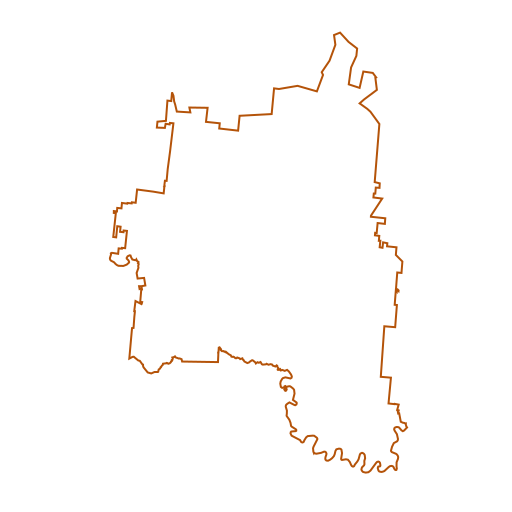 outline of González, Tamaulipas, Mexico, rotated 358°
{"feature_id": "50627088B9709578345149", "entity_name": "González", "entity_type": "district", "adm_level": 2, "iso_a3": "MEX", "parent_name": "Mexico", "parent_adm1": "Tamaulipas", "projection": "robinson", "projection_center": [-98.554, 22.79], "detail": "fine", "context": "isolated", "style": "outline", "palette": "amber", "viewbox_px": 512, "rotation_deg": 358, "n_neighbors": 0, "source": "geoboundaries", "source_scale": "gbopen_adm2", "svg_char_len": 6140}
<svg xmlns="http://www.w3.org/2000/svg" viewBox="0 0 512 512"><g transform="rotate(358 256 256)"><path d="M402.1,266.6L395.8,259.8L396.7,252.2L387.3,250.9L387.7,247.8L383.5,246.8L382.7,252.2L379.9,251.6L380.8,245.1L379.3,245.1L379.9,240.2L375.6,239.5L375.9,237.0L377.4,237.3L378.7,227.3L385.9,228.4L386.5,222.8L372.2,220.8L372.3,219.7L384.1,203.0L375.4,201.6L375.9,197.7L377.4,197.8L378.1,191.8L381.8,192.2L382.2,187.7L377.2,186.3L383.9,128.4L375.4,115.8L372.3,112.8L364.9,107.1L369.5,103.3L382.6,94.2L381.5,82.0L382.3,81.7L379.1,77.1L369.7,75.4L365.4,91.6L354.7,87.7L357.6,70.9L363.3,59.5L364.3,52.2L356.0,45.3L347.8,35.7L341.7,37.9L342.7,47.7L336.3,63.4L328.1,74.6L329.3,77.4L322.6,93.6L303.5,87.4L284.8,89.9L279.9,89.1L276.6,114.7L244.5,115.3L242.5,130.1L223.7,127.3L224.4,122.1L210.7,120.2L212.8,106.2L194.6,105.3L195.4,110.2L181.9,108.9L180.5,101.8L179.6,98.6L179.1,93.0L177.8,89.5L176.7,98.2L172.9,97.6L170.7,117.8L162.2,118.3L161.4,124.2L169.4,124.8L170.3,120.7L174.3,121.5L174.6,120.0L178.1,120.5L173.8,148.3L170.8,166.0L169.3,177.8L167.6,177.6L166.8,182.8L167.1,183.0L166.6,183.6L166.8,183.8L165.9,190.2L155.6,188.1L139.5,185.4L137.6,198.6L133.8,198.0L133.6,199.1L129.4,198.5L129.2,199.2L123.9,198.3L123.2,203.7L119.0,203.1L118.6,206.6L115.5,206.1L115.4,208.0L117.4,208.3L114.0,232.0L116.9,232.5L118.4,221.4L121.7,222.0L121.0,227.1L124.4,227.6L124.6,225.9L127.9,226.4L125.5,243.6L122.3,243.2L122.2,244.0L119.0,243.6L118.3,249.0L112.1,247.8L111.2,248.1L111.0,248.3L111.2,249.4L110.0,252.7L109.9,253.7L110.2,254.7L110.9,255.6L113.9,257.3L115.4,259.1L116.7,260.2L118.2,261.0L123.1,261.3L126.5,260.1L128.8,258.2L129.0,257.7L128.8,256.8L128.2,255.7L126.7,254.1L126.7,253.3L127.7,251.8L129.7,250.9L130.6,251.1L131.1,252.8L132.3,255.2L135.2,256.0L135.9,255.8L136.3,255.2L137.1,257.1L138.3,257.7L138.3,258.5L137.8,259.1L138.5,260.0L137.9,261.8L138.1,263.7L136.1,268.8L136.9,274.4L143.4,274.0L144.4,281.6L140.3,282.2L138.1,282.1L138.5,284.9L140.7,284.0L140.9,285.6L140.1,286.0L138.7,297.8L140.6,298.1L140.1,299.8L139.9,300.1L134.0,296.8L132.4,306.8L133.0,306.8L133.0,307.6L132.3,312.5L131.1,323.6L129.6,323.7L125.8,354.1L129.1,352.5L130.3,352.4L134.7,356.3L136.2,356.7L138.7,360.4L139.3,360.6L139.3,362.0L139.7,363.3L143.7,368.6L147.2,369.7L150.5,368.4L153.9,368.5L154.2,368.3L154.8,366.0L156.1,365.2L156.8,363.8L157.2,363.8L158.0,362.4L159.0,361.6L159.3,360.4L162.5,360.1L162.8,359.8L163.6,360.2L163.9,360.0L164.7,360.6L166.0,360.2L167.2,359.2L167.3,358.6L168.2,358.0L168.1,357.4L168.6,357.2L168.5,356.7L169.1,356.2L169.3,355.2L168.9,354.5L170.6,354.1L171.5,353.5L172.1,354.5L175.3,355.8L176.1,355.7L178.0,356.5L178.5,358.9L214.3,360.7L214.9,353.1L214.8,351.3L215.1,351.3L215.6,346.3L216.4,346.0L217.8,348.0L217.4,348.6L218.6,349.9L220.2,349.9L220.9,350.5L221.1,350.3L221.9,350.5L222.6,351.2L222.8,350.9L225.3,353.2L227.4,354.4L227.9,355.7L228.8,356.0L229.7,355.8L230.7,356.3L231.8,357.4L232.7,357.5L233.4,357.2L233.7,356.8L236.0,357.7L236.6,358.5L238.8,357.8L239.2,359.1L239.8,359.3L240.7,361.0L243.6,362.7L245.4,362.1L246.4,361.2L248.5,360.0L249.3,360.3L251.6,362.3L252.1,363.4L253.8,362.2L255.1,362.8L256.8,362.1L258.1,364.4L259.0,364.8L262.2,364.6L262.8,364.1L264.7,365.1L266.9,364.6L268.4,365.1L268.9,366.1L271.5,367.1L272.8,366.0L273.4,366.5L273.6,367.8L274.4,368.8L274.4,369.3L273.7,370.0L273.8,370.5L274.5,370.6L276.2,369.8L276.4,370.2L275.8,370.6L276.7,371.3L278.4,370.8L280.7,371.8L283.1,370.9L284.8,372.5L286.9,375.7L287.6,377.6L287.3,378.9L286.2,379.6L281.1,378.3L278.6,379.0L277.8,379.8L276.3,382.2L275.8,384.4L276.3,387.7L277.5,388.7L279.1,388.4L279.7,387.9L280.0,387.2L280.8,387.0L281.0,387.4L280.7,388.1L279.6,390.4L280.6,391.8L281.2,391.7L282.0,390.6L281.6,388.8L282.2,387.7L284.6,387.3L285.5,387.4L286.4,388.0L288.6,389.9L289.4,391.1L289.7,394.9L287.9,401.1L291.4,403.8L291.6,404.4L291.2,405.8L290.0,406.5L289.3,406.3L284.3,403.5L282.4,404.6L281.0,405.7L280.5,406.9L280.5,407.8L281.5,411.6L281.3,414.7L281.0,416.5L281.1,417.0L283.6,420.8L284.7,424.0L285.1,427.0L285.6,427.7L289.8,430.6L290.2,431.3L290.1,432.1L289.6,432.4L285.8,432.6L285.1,432.7L284.6,433.2L284.3,434.5L285.3,436.8L293.7,441.6L294.4,443.1L295.0,443.7L296.1,444.0L297.1,443.5L298.1,441.5L299.8,439.0L301.4,437.8L306.5,437.5L307.9,437.7L310.5,439.8L310.9,440.6L310.9,441.3L306.9,448.5L306.3,450.1L306.5,453.5L306.9,454.7L307.0,454.5L308.1,455.4L309.5,455.7L314.2,455.0L317.2,453.9L318.2,454.0L319.0,454.6L319.5,455.8L319.4,456.9L318.5,459.2L318.2,460.6L318.3,461.9L319.0,462.7L319.8,463.0L320.9,463.1L322.9,462.2L324.9,460.8L326.8,458.8L327.7,456.9L328.6,453.6L329.6,452.0L332.2,451.4L333.8,451.7L334.6,452.5L335.1,456.0L334.0,461.6L334.1,462.3L334.4,462.7L335.1,462.8L338.8,462.3L340.8,462.8L342.6,465.2L343.7,468.0L344.4,469.2L345.3,469.8L346.1,469.8L346.8,469.3L347.5,467.9L350.1,464.9L351.4,462.8L352.9,458.0L353.5,457.1L355.1,456.4L356.1,456.8L357.0,457.5L357.7,458.7L358.0,461.9L357.1,464.6L357.1,467.9L356.7,468.9L354.5,471.0L353.9,472.9L354.1,473.8L354.7,474.8L355.5,475.6L358.1,476.3L360.8,476.0L362.9,474.5L368.8,467.0L369.7,466.1L371.0,465.7L372.0,466.1L372.6,466.9L372.9,468.4L373.0,469.6L372.8,470.3L372.4,470.6L370.9,470.7L370.5,471.3L370.3,472.4L370.9,474.7L371.5,475.5L372.4,475.9L373.8,476.2L375.1,476.0L376.8,475.4L381.3,471.5L382.6,470.7L384.0,470.5L385.2,470.8L386.0,471.6L386.9,473.7L387.5,474.5L388.2,474.8L388.8,474.7L389.3,473.4L389.1,471.1L389.3,467.1L390.8,463.7L391.1,461.9L390.7,460.5L389.8,459.2L389.1,458.6L384.9,456.7L384.3,456.0L384.1,455.3L385.3,451.4L387.2,447.8L390.6,446.1L391.3,445.0L391.5,443.8L390.6,439.0L388.4,435.3L388.0,434.0L388.3,432.9L389.1,432.2L390.5,431.8L391.8,431.9L392.9,432.3L395.3,435.3L396.6,436.2L397.9,435.6L401.0,432.6L400.3,431.6L399.8,429.4L399.9,428.6L399.3,428.7L398.7,428.1L396.9,427.7L394.9,426.7L393.6,418.2L392.6,418.4L392.2,415.8L394.0,415.4L391.7,414.8L393.4,409.5L389.4,408.6L389.3,408.9L383.3,408.0L386.6,382.3L376.5,381.1L381.8,330.7L392.6,332.0L395.1,309.9L392.9,309.6L394.5,295.6L395.4,296.6L395.5,294.7L395.9,295.2L396.2,294.9L397.2,296.0L397.3,295.4L396.4,294.4L396.0,294.7L394.8,293.3L396.6,277.4L400.8,278.0L402.1,266.6Z" fill="none" stroke="#b45309" stroke-width="2"/></g></svg>